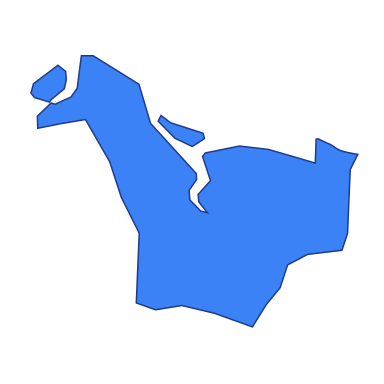 the district of Ryongchon, P'yŏngan-bukto, North Korea, rotated 92°
{"feature_id": "82179303B54196732560859", "entity_name": "Ryongchon", "entity_type": "district", "adm_level": 2, "iso_a3": "PRK", "parent_name": "North Korea", "parent_adm1": "P'yŏngan-bukto", "projection": "equal_earth", "projection_center": [124.373, 39.948], "detail": "fine", "context": "isolated", "style": "filled", "palette": "blue", "viewbox_px": 384, "rotation_deg": 92, "n_neighbors": 0, "source": "geoboundaries", "source_scale": "gbopen_adm2", "svg_char_len": 1240}
<svg xmlns="http://www.w3.org/2000/svg" viewBox="0 0 384 384"><g transform="rotate(92 192 192)"><path d="M245.0,40.1L227.9,35.1L193.1,34.9L164.0,34.6L148.6,27.6L148.4,29.2L148.2,30.8L147.9,32.7L147.6,34.5L147.3,36.7L146.9,38.6L146.5,40.5L146.2,42.1L145.8,43.5L145.3,45.1L144.8,46.5L144.2,47.8L143.6,48.9L143.0,50.0L142.2,51.1L141.3,52.5L140.4,54.0L139.7,55.3L139.1,56.8L138.6,58.1L138.0,59.7L137.5,60.8L136.8,62.3L136.3,63.6L135.7,65.1L135.0,66.4L134.5,67.6L134.8,69.8L145.6,69.8L158.8,69.8L146.8,116.9L144.4,146.2L152.5,180.0L156.1,182.7L180.0,173.9L194.2,185.8L201.6,184.9L212.2,175.9L210.6,182.8L199.9,193.9L190.4,194.9L179.3,187.8L173.5,188.3L124.9,235.8L86.2,248.8L59.3,295.5L59.7,307.3L92.4,310.4L101.3,316.3L109.1,331.9L107.9,335.9L121.6,349.2L133.7,348.4L128.6,327.0L123.3,301.0L164.6,275.3L199.7,262.5L235.0,243.3L275.7,243.6L304.8,243.8L311.0,224.3L305.8,198.3L312.3,165.8L318.5,146.3L324.7,126.9L301.7,113.7L284.6,100.6L261.5,93.9L250.3,74.3L245.0,40.1ZM103.1,352.7L107.1,337.7L104.8,336.2L93.3,323.2L83.8,321.5L75.9,322.5L70.0,330.4L89.3,354.2L98.8,356.4L103.1,352.7ZM138.9,210.9L146.5,193.3L138.2,181.4L132.9,183.0L123.5,216.0L116.6,225.6L122.4,228.3L138.9,210.9Z" fill="#3b82f6" stroke="#1e3a8a" stroke-width="1.5"/></g></svg>